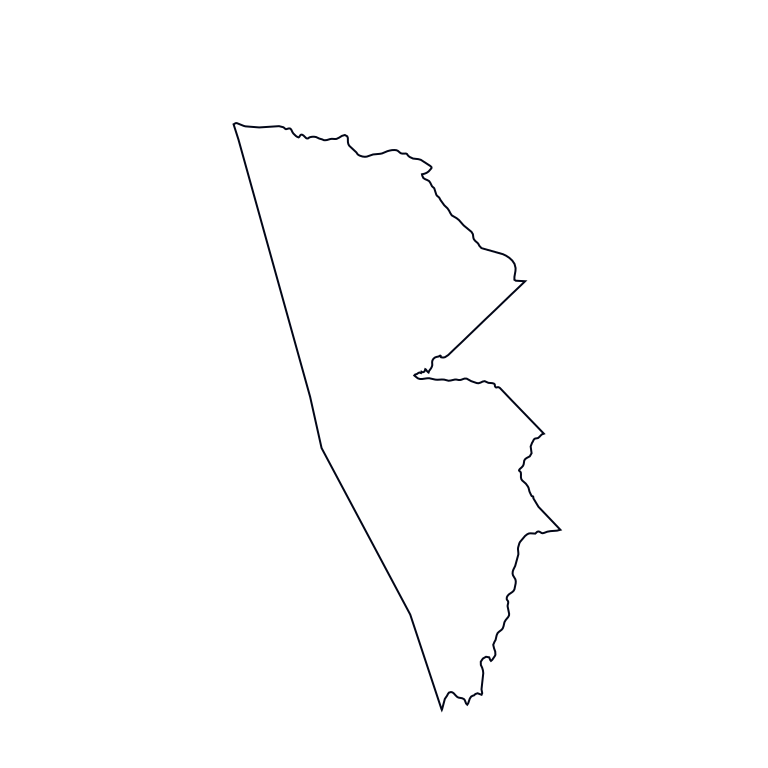 an SVG outline of Acre, rotated 226°
{"feature_id": "BRA-576", "entity_name": "Acre", "entity_type": "State", "adm_level": 1, "iso_a3": "BRA", "parent_name": "Brazil", "parent_adm1": "", "projection": "natural_earth1", "projection_center": [-70.836, -9.13], "detail": "fine", "context": "isolated", "style": "outline", "palette": "ink", "viewbox_px": 768, "rotation_deg": 226, "n_neighbors": 0, "source": "natural_earth", "source_scale": "10m", "svg_char_len": 4665}
<svg xmlns="http://www.w3.org/2000/svg" viewBox="0 0 768 768"><g transform="rotate(226 384 384)"><path d="M443.9,551.5L442.4,551.5L432.6,552.6L430.0,552.0L427.0,549.8L425.7,549.2L423.5,549.0L420.3,549.3L418.8,549.1L417.3,548.6L414.0,548.5L394.8,559.7L391.6,560.9L387.7,561.8L383.6,562.0L379.7,561.3L376.0,559.2L374.0,557.1L370.5,552.3L368.4,550.2L366.7,550.6L359.9,556.9L359.9,549.4L360.0,537.7L360.0,526.0L360.0,514.3L360.1,502.6L360.1,490.9L360.1,479.2L360.1,467.5L360.2,459.9L360.2,455.8L360.2,450.3L360.9,446.6L361.4,445.7L362.0,444.9L362.8,444.2L363.6,443.6L364.0,443.6L364.8,444.3L365.3,444.2L365.6,443.7L365.8,442.5L366.1,442.0L367.1,440.4L367.7,438.9L367.8,437.1L367.3,435.2L366.4,433.9L364.0,431.8L363.2,430.4L362.6,428.7L362.1,425.7L361.3,424.0L361.7,423.9L363.8,423.9L364.2,424.0L365.3,424.2L366.0,424.0L364.9,421.8L365.1,420.7L365.8,419.8L366.8,419.5L366.6,419.2L366.4,418.5L366.2,418.2L367.7,417.4L368.1,416.3L368.3,414.7L369.1,413.1L369.2,412.9L369.1,411.7L365.8,412.1L364.3,412.4L362.7,413.3L361.1,414.9L358.3,418.8L356.8,420.5L351.6,423.9L350.0,425.3L347.0,428.8L345.4,430.3L341.5,432.7L340.2,434.4L337.9,438.2L337.0,439.1L335.0,440.5L334.1,441.4L333.4,442.5L332.4,444.8L331.8,445.9L330.4,447.2L325.5,448.7L320.2,451.4L318.9,452.5L317.9,454.5L317.2,456.7L316.1,458.4L312.3,459.9L309.5,462.4L308.0,463.3L306.9,463.4L306.2,463.0L305.6,462.4L304.8,462.1L303.7,462.2L303.2,462.7L302.9,463.4L302.1,464.2L300.7,464.6L297.8,464.6L283.7,464.5L269.6,464.5L255.5,464.5L241.4,464.5L237.2,464.5L238.1,462.5L238.1,460.9L238.0,459.3L238.1,457.4L238.6,456.5L239.8,454.8L240.0,453.6L239.8,452.7L239.1,450.8L238.9,449.8L237.2,446.1L231.7,442.1L230.7,438.6L231.7,435.1L231.9,433.4L231.5,431.7L229.3,428.8L228.6,427.3L228.4,425.3L228.5,422.7L228.4,421.8L227.9,421.0L227.1,421.0L226.2,421.1L225.4,421.0L224.0,419.9L221.8,417.7L220.2,416.7L218.6,416.4L213.8,416.8L210.3,416.3L208.8,415.8L205.5,413.9L202.3,412.8L200.8,412.4L200.5,412.5L199.8,413.0L199.5,413.1L199.0,412.9L198.3,412.3L197.9,412.0L188.3,409.8L156.6,409.6L158.3,406.6L162.4,401.7L164.3,398.9L165.6,395.9L166.4,394.5L167.4,393.8L168.5,393.6L169.8,393.2L170.8,392.5L171.3,391.4L171.3,388.9L174.9,385.6L175.8,384.4L176.4,382.7L176.7,379.9L175.9,372.2L175.4,370.7L173.2,366.9L172.2,365.7L169.3,363.4L168.1,362.3L162.0,352.0L160.6,348.1L159.7,346.4L158.3,344.8L156.8,343.9L152.2,342.8L150.6,341.8L149.1,340.2L145.7,335.2L145.2,333.6L145.2,331.9L145.9,327.8L145.8,325.9L145.3,324.3L144.1,322.9L143.4,322.6L141.8,322.4L141.0,322.0L140.2,321.2L138.9,319.2L138.1,318.4L131.8,314.4L130.7,313.2L130.1,311.4L129.7,307.7L129.0,305.2L126.7,301.7L125.7,299.6L125.5,297.9L125.9,294.5L125.9,292.7L125.0,290.5L122.4,286.5L121.8,284.4L120.5,281.4L117.5,279.6L114.2,278.1L111.8,276.0L111.3,274.7L110.4,270.3L110.5,268.6L111.7,268.7L114.3,269.8L116.9,267.9L117.8,264.4L117.0,260.7L114.6,258.5L111.7,257.5L109.2,256.2L107.0,254.5L96.6,242.0L93.4,239.9L92.7,238.3L95.4,237.0L96.5,236.5L97.5,234.4L97.5,232.5L98.2,231.1L98.6,229.5L98.1,227.2L95.8,222.7L95.5,221.1L97.2,221.1L100.5,222.5L101.9,222.6L103.7,221.9L106.6,219.8L107.9,219.3L110.0,219.2L113.1,219.3L114.6,219.0L115.9,218.2L116.9,216.3L116.6,214.6L116.0,212.9L115.2,209.0L109.7,199.9L109.4,199.2L110.4,199.6L199.9,242.7L381.3,294.6L426.0,321.9L660.9,449.1L675.3,456.2L675.0,457.2L674.8,458.2L674.4,458.9L673.6,459.5L667.1,462.4L665.6,463.3L655.2,472.5L642.4,487.6L638.7,489.9L637.9,490.1L636.2,490.2L635.4,490.5L634.9,491.3L634.4,492.3L633.8,493.3L632.8,494.0L631.5,494.0L628.4,493.0L627.0,492.8L623.7,492.9L621.9,493.3L620.7,493.9L620.6,494.7L621.1,496.7L620.9,497.6L620.3,498.2L619.5,498.5L618.6,498.7L615.1,498.8L614.4,499.0L613.5,499.8L613.3,500.5L613.3,501.3L612.9,502.3L611.8,504.0L610.4,505.5L608.8,506.7L605.6,507.9L602.8,509.5L601.2,510.1L600.0,511.3L599.1,512.5L597.6,515.4L596.6,516.8L594.2,519.0L593.3,520.1L592.4,522.8L591.7,526.1L590.3,528.8L587.7,529.6L586.1,528.9L583.1,526.1L581.5,525.1L580.4,524.7L579.2,524.5L569.8,525.0L567.6,524.6L566.3,524.8L564.9,525.3L562.5,526.6L560.7,528.1L559.5,529.6L556.7,535.6L552.3,541.1L551.2,542.8L549.1,548.2L548.0,550.2L546.7,552.2L545.2,553.9L543.6,555.3L542.2,555.9L538.5,556.3L537.0,557.2L534.5,559.9L533.4,560.3L532.0,560.0L530.7,560.0L529.4,560.2L526.0,561.5L521.9,564.9L519.7,566.2L508.5,568.8L507.1,568.8L506.4,568.3L506.2,567.5L505.9,563.7L506.3,561.3L507.2,559.1L508.5,557.0L507.2,556.2L504.8,555.4L502.7,555.9L500.6,556.8L498.6,557.4L496.7,557.1L492.9,555.9L491.1,556.0L490.7,556.1L490.0,556.1L489.7,556.0L483.8,553.1L482.6,552.9L479.8,553.2L476.9,552.4L470.7,551.5L466.3,551.7L463.4,551.2L460.8,550.4L458.2,549.9L452.9,551.4L449.8,551.8L443.9,551.5Z" fill="none" stroke="#020617" stroke-width="2"/></g></svg>